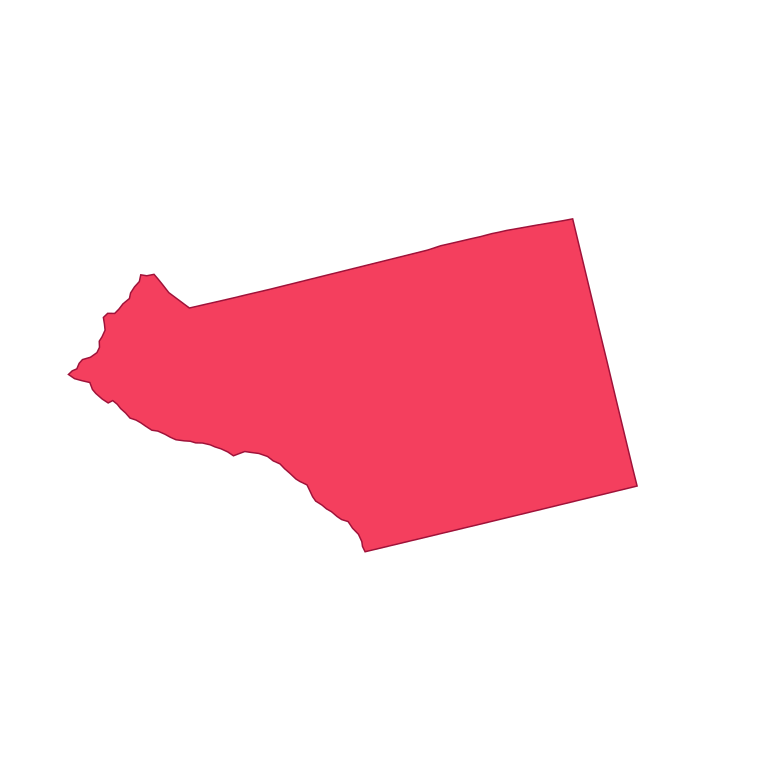 Glória de Dourados, Mato Grosso do Sul, Brazil, rotated 144°
{"feature_id": "56859067B89465609362006", "entity_name": "Glória de Dourados", "entity_type": "district", "adm_level": 2, "iso_a3": "BRA", "parent_name": "Brazil", "parent_adm1": "Mato Grosso do Sul", "projection": "orthographic", "projection_center": [-54.122, -22.429], "detail": "fine", "context": "isolated", "style": "filled", "palette": "rose", "viewbox_px": 768, "rotation_deg": 144, "n_neighbors": 0, "source": "geoboundaries", "source_scale": "gbopen_adm2", "svg_char_len": 1467}
<svg xmlns="http://www.w3.org/2000/svg" viewBox="0 0 768 768"><g transform="rotate(144 384 384)"><path d="M239.2,152.7L232.1,170.3L204.4,237.4L190.5,270.8L176.1,305.9L169.6,321.4L134.3,406.7L143.2,410.9L166.5,422.5L194.6,436.2L202.1,439.4L208.2,442.2L220.0,446.8L228.3,450.4L239.0,454.9L250.3,459.7L256.8,462.5L270.2,466.8L414.7,525.3L419.7,527.3L444.4,537.7L455.8,542.4L496.8,559.9L504.4,584.4L504.7,593.9L505.1,601.9L505.6,607.9L512.3,611.0L516.6,615.3L521.7,610.7L528.8,609.2L535.5,606.6L539.7,602.8L548.0,602.3L554.4,600.4L560.4,599.4L566.0,603.6L571.9,602.8L574.9,596.9L578.0,591.5L584.4,587.9L589.2,586.0L592.6,580.9L597.8,578.1L605.8,578.2L613.6,581.0L618.5,579.9L623.6,576.8L628.5,577.9L633.7,577.2L631.2,570.2L626.4,564.2L621.1,558.1L623.1,550.9L622.7,545.7L620.8,537.4L618.3,530.8L613.2,530.0L611.7,524.3L611.5,518.9L610.1,512.4L609.5,505.7L605.9,500.7L603.6,495.7L601.5,489.6L599.0,483.1L594.7,478.9L590.8,472.2L588.1,466.4L585.1,461.2L579.1,455.5L574.4,451.6L571.0,447.1L565.6,443.0L560.3,436.9L557.8,432.6L553.9,427.3L550.3,420.8L548.0,414.4L542.0,412.8L536.3,411.2L531.5,406.5L526.1,401.4L520.8,393.8L518.8,386.9L515.1,380.5L514.2,373.8L512.7,367.4L511.1,358.9L509.3,354.5L505.6,347.6L506.9,340.5L508.0,334.7L508.1,329.4L505.4,322.7L503.9,316.7L501.6,311.7L499.8,304.3L498.0,299.3L493.9,293.8L494.2,285.8L493.0,277.4L494.6,269.5L496.9,265.2L497.9,259.4L381.1,211.0L328.9,189.5L239.2,152.7Z" fill="#f43f5e" stroke="#9f1239" stroke-width="1.5"/></g></svg>